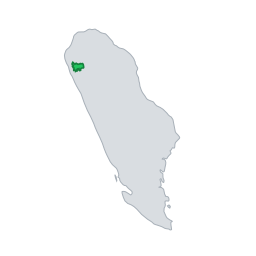 Befotaka, Atsimo-Atsinanana, Madagascar shown in context, rotated 140°
{"feature_id": "10022922B11101019287712", "entity_name": "Befotaka", "entity_type": "district", "adm_level": 2, "iso_a3": "MDG", "parent_name": "Madagascar", "parent_adm1": "Atsimo-Atsinanana", "projection": "robinson", "projection_center": [46.959, -23.944], "detail": "fine", "context": "in_parent", "style": "filled", "palette": "green", "viewbox_px": 256, "rotation_deg": 140, "n_neighbors": 0, "source": "geoboundaries", "source_scale": "gbopen_adm2", "svg_char_len": 5825}
<svg xmlns="http://www.w3.org/2000/svg" viewBox="0 0 256 256"><g transform="rotate(140 128 128)"><path d="M164.4,27.8L165.0,29.4L165.7,31.0L168.0,34.8L169.0,36.3L169.8,37.8L170.2,40.9L171.7,45.7L173.1,53.0L173.4,60.4L173.9,63.8L174.9,67.0L176.7,70.4L177.2,74.1L176.1,77.9L174.6,81.5L174.2,82.2L173.4,83.1L173.1,83.0L171.9,82.1L170.8,80.6L169.6,77.0L169.1,75.2L168.6,74.9L167.1,75.1L166.0,76.2L165.8,76.9L166.0,78.9L166.4,80.8L166.6,82.6L166.6,84.9L167.0,85.6L167.6,86.2L168.2,87.7L168.3,91.3L167.9,93.2L166.9,94.7L166.9,95.6L167.3,96.5L166.9,97.0L165.5,97.7L165.0,98.3L164.2,99.9L163.0,103.2L162.8,104.8L163.5,109.9L163.3,113.5L161.7,120.3L160.8,123.6L159.5,127.5L157.5,132.6L155.6,139.1L153.9,145.7L152.7,149.7L151.3,153.6L149.4,160.5L147.8,167.6L145.4,175.3L142.1,184.0L141.8,185.1L141.1,189.5L140.4,193.3L139.5,197.1L137.6,203.4L137.4,205.3L137.0,207.2L135.3,211.1L134.5,212.6L134.0,214.1L133.7,216.1L133.2,218.0L131.9,221.5L130.0,224.5L128.6,225.6L125.8,227.2L124.4,227.5L121.2,227.5L118.2,228.4L115.0,230.2L111.9,232.1L110.7,233.1L109.4,233.6L105.3,233.7L104.1,233.3L100.0,230.0L98.5,229.5L95.5,229.1L94.6,228.8L93.7,228.3L92.5,226.6L90.1,225.2L89.5,224.7L89.2,223.7L88.9,222.7L88.3,221.5L87.8,219.2L87.0,217.6L84.8,214.7L84.6,213.8L84.4,210.8L84.4,208.8L84.2,205.1L84.4,203.3L85.2,201.8L84.9,200.0L84.0,198.3L83.7,196.4L83.1,194.7L80.8,191.7L80.2,190.2L79.8,188.6L78.9,183.8L78.8,182.1L78.9,178.5L79.2,176.7L79.8,175.4L79.9,174.5L80.3,173.7L80.8,173.0L81.2,172.2L82.0,167.7L83.1,166.7L84.8,166.1L86.1,164.9L86.8,163.3L87.5,160.0L89.6,156.7L90.3,155.0L92.0,152.4L93.4,148.7L93.9,147.0L94.2,145.2L94.5,141.3L94.8,139.4L94.8,137.5L93.9,135.5L91.9,131.9L91.8,131.3L92.0,128.6L91.8,126.7L91.0,124.8L90.1,123.0L89.1,119.6L88.6,114.0L88.7,112.0L88.4,110.2L87.8,108.5L88.2,105.5L94.2,94.7L94.4,93.5L94.2,90.2L94.3,88.2L94.5,87.5L95.0,87.1L96.0,86.9L100.9,86.4L101.5,86.1L102.7,85.2L104.4,83.4L105.2,82.9L105.8,83.1L106.3,83.9L106.8,84.3L108.8,83.5L109.5,83.5L110.3,83.6L110.7,82.9L110.9,81.9L111.2,81.2L111.7,80.8L114.2,80.6L115.9,80.3L118.0,79.6L118.4,79.7L120.1,82.2L120.6,82.4L121.3,82.5L121.8,82.1L120.5,80.8L120.3,80.1L120.3,79.2L121.1,77.4L122.3,76.1L125.0,74.0L127.9,71.6L128.7,71.5L129.4,71.8L129.9,74.7L129.9,75.1L130.3,75.2L130.8,74.8L131.3,73.7L131.3,72.8L131.0,71.9L130.8,71.1L130.8,70.4L132.2,68.7L133.3,67.1L133.9,65.2L134.3,64.4L135.5,63.4L135.9,63.5L136.1,64.3L136.3,65.2L136.0,66.0L135.6,66.9L135.4,68.0L136.0,68.2L136.7,67.9L137.6,65.9L138.7,64.0L139.3,63.0L140.1,62.3L141.4,62.5L142.7,62.9L140.6,60.9L140.1,58.2L142.6,53.4L142.6,52.4L143.0,52.1L143.2,51.7L141.9,50.1L141.6,49.3L141.8,48.1L142.4,47.1L143.0,46.3L143.8,46.0L144.4,46.4L145.8,47.8L146.7,48.0L147.9,46.7L148.8,45.1L150.2,44.0L151.8,43.4L154.2,40.9L155.7,35.7L155.9,34.2L155.5,32.3L155.0,30.6L154.1,28.4L154.3,27.9L155.6,28.2L156.1,27.9L157.5,26.0L159.8,22.3L160.6,22.3L161.3,22.9L161.5,24.0L162.0,24.7L163.6,26.5L164.4,27.8ZM147.9,42.4L147.9,43.0L146.1,42.7L145.9,40.8L146.7,40.7L146.9,39.9L147.5,39.8L148.0,41.5L147.9,42.4ZM169.6,97.9L168.1,100.7L168.5,98.3L170.3,94.9L170.8,94.6L169.6,97.9Z" fill="#d9dde1" stroke="#a8b0b8" stroke-width="1"/><path d="M122.7,203.1L122.6,203.3L122.5,203.5L122.5,203.8L122.4,203.9L122.2,204.0L122.0,204.3L122.0,204.5L121.9,204.7L121.9,204.8L121.7,204.9L121.6,205.0L121.6,205.3L121.5,205.5L121.4,205.6L121.4,205.8L121.3,206.2L121.3,206.4L121.3,206.5L121.5,206.5L121.8,206.5L122.0,206.7L122.0,206.8L121.9,206.9L122.0,207.0L122.3,207.0L122.5,207.2L122.6,207.4L122.7,207.5L122.8,207.5L122.8,207.8L123.0,207.9L123.0,208.0L123.3,208.2L123.5,208.1L123.9,208.0L124.0,208.2L124.1,208.3L124.2,208.2L124.3,208.3L124.5,208.4L124.4,208.5L124.6,208.6L124.8,208.6L125.0,208.7L125.0,208.8L125.2,209.0L125.3,208.9L125.4,209.0L125.5,209.0L125.6,209.3L125.5,209.6L125.6,209.8L125.8,209.8L125.8,210.0L125.8,210.4L125.9,210.6L125.9,210.8L126.1,210.9L126.3,210.8L126.5,210.9L126.6,211.0L126.7,210.9L126.8,210.9L127.0,210.8L127.3,210.8L127.5,210.9L127.5,211.0L127.7,211.4L127.8,211.4L127.8,211.5L127.8,211.9L127.8,212.1L127.8,212.4L127.8,212.5L128.0,212.6L127.9,212.8L127.9,213.0L127.9,213.3L127.9,213.5L128.0,213.6L128.0,213.8L128.2,213.7L128.5,213.7L128.8,213.6L129.0,213.5L129.2,213.4L129.3,213.4L129.5,213.2L129.6,212.8L129.7,212.7L129.8,212.7L130.0,212.6L130.0,212.4L129.9,212.2L130.0,212.2L130.0,211.9L129.8,211.5L129.7,211.4L129.7,211.0L129.8,210.9L129.8,210.7L130.1,210.6L130.3,210.6L130.5,210.5L130.6,210.4L130.8,210.4L130.9,210.5L130.9,210.4L131.0,210.3L131.0,210.1L131.0,209.9L131.2,209.7L131.3,209.6L131.2,209.5L131.1,209.4L131.1,209.0L130.9,208.9L131.0,208.8L131.1,208.7L131.2,208.4L131.2,208.2L131.3,208.0L131.3,207.9L131.4,207.7L131.4,207.4L131.5,207.4L131.5,207.5L131.8,207.7L132.0,207.7L132.3,207.5L132.4,207.4L132.5,207.2L132.1,207.2L131.9,207.1L131.9,206.9L131.9,206.7L131.8,206.4L131.7,206.4L131.4,206.4L131.4,206.2L131.3,205.9L131.4,205.7L131.5,205.6L131.4,205.6L131.4,205.4L131.5,205.3L131.6,205.2L131.7,204.9L131.3,204.9L131.0,204.9L130.9,204.8L130.9,205.0L130.7,205.1L130.4,205.0L130.2,205.2L130.1,204.9L129.9,204.9L129.7,204.8L129.7,205.0L129.3,205.2L129.3,205.4L129.3,205.5L129.1,205.6L129.0,205.8L128.9,205.8L128.7,205.8L128.6,205.7L128.4,205.6L128.5,205.4L128.5,205.2L128.4,205.1L128.2,205.0L127.9,205.0L128.0,204.9L128.1,204.7L128.2,204.4L128.3,204.2L128.2,204.1L127.9,204.1L128.0,203.9L127.9,203.7L128.0,203.6L128.1,203.4L128.0,203.2L128.1,202.9L127.9,202.8L127.7,202.8L127.5,202.7L127.5,202.8L127.4,202.9L127.3,203.0L127.2,203.1L126.9,203.2L126.7,203.2L126.6,203.3L126.5,203.5L126.4,203.4L126.2,203.5L125.9,203.6L125.7,203.8L125.5,203.7L125.3,203.7L125.2,203.7L124.9,203.6L124.7,203.5L124.6,203.4L124.5,203.2L124.5,203.3L124.4,203.3L124.2,203.2L124.0,202.8L123.8,202.8L123.7,202.8L123.4,202.7L123.2,202.7L123.1,202.8L122.9,203.0L122.7,203.1Z" fill="#22c55e" stroke="#15803d" stroke-width="1.5"/></g></svg>